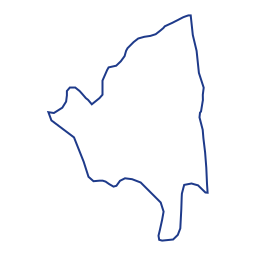 outline of Hwamdeia, Al Jizah, Egypt
{"feature_id": "37247803B31369022265166", "entity_name": "Hwamdeia", "entity_type": "district", "adm_level": 2, "iso_a3": "EGY", "parent_name": "Egypt", "parent_adm1": "Al Jizah", "projection": "equal_earth", "projection_center": [31.259, 29.901], "detail": "fine", "context": "isolated", "style": "outline", "palette": "blue", "viewbox_px": 256, "rotation_deg": 0, "n_neighbors": 0, "source": "geoboundaries", "source_scale": "gbopen_adm2", "svg_char_len": 1275}
<svg xmlns="http://www.w3.org/2000/svg" viewBox="0 0 256 256"><path d="M207.6,192.7L207.0,183.9L206.3,167.8L205.1,152.4L203.4,138.2L202.7,129.8L199.5,117.4L200.0,112.7L201.0,111.5L201.9,106.1L202.7,101.2L202.9,100.2L202.8,94.8L203.7,87.7L198.9,72.9L196.6,50.9L192.8,35.0L190.7,15.4L188.4,15.4L185.7,16.3L183.3,17.2L182.3,17.7L179.8,19.0L177.7,20.1L174.7,21.6L172.4,22.8L170.4,23.7L164.8,26.3L163.3,28.1L160.2,30.7L155.7,34.2L150.4,35.9L144.3,36.8L140.7,37.8L138.2,38.5L133.7,42.0L127.6,48.1L126.1,50.8L124.6,56.1L120.8,61.3L116.2,65.7L108.6,67.4L107.1,70.1L102.5,80.6L102.5,88.5L102.5,94.7L99.4,98.2L91.8,104.3L88.1,99.9L85.8,98.1L82.8,94.6L79.7,91.1L75.2,87.5L69.9,87.5L66.9,91.0L66.9,95.4L66.1,101.6L62.3,107.7L57.4,110.8L53.9,113.0L48.4,112.2L51.4,120.4L74.0,137.4L83.7,161.8L88.5,176.8L93.5,181.2L99.2,180.7L102.8,180.7L105.6,181.6L109.2,184.1L113.5,186.6L116.4,185.8L120.0,180.8L125.0,178.3L132.1,179.2L140.7,182.5L150.7,192.5L160.7,202.5L163.6,211.6L162.1,219.9L159.9,229.9L158.5,235.7L159.2,239.8L162.1,240.6L163.2,240.5L173.1,239.5L177.8,234.9L180.3,228.4L180.6,222.5L181.3,209.3L181.6,200.1L181.7,197.2L181.9,193.6L183.4,187.8L184.2,184.9L191.5,183.5L194.6,184.4L196.4,184.9L198.0,185.3L205.4,192.5L207.6,192.7Z" fill="none" stroke="#1e3a8a" stroke-width="2"/></svg>